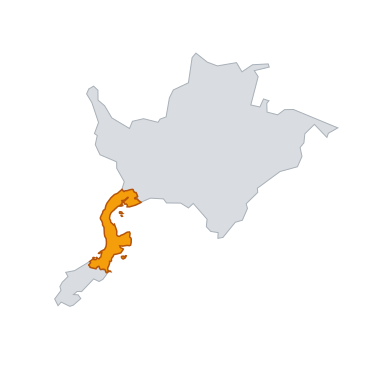 map of Panama with Colombia and Costa Rica greyed out, rotated 284°
{"feature_id": "PAN", "entity_name": "Panama", "entity_type": "country or territory", "adm_level": 0, "iso_a3": "PAN", "parent_name": "North America", "parent_adm1": "", "projection": "mercator", "projection_center": [-80.239, 8.409], "detail": "fine", "context": "with_neighbors", "style": "filled", "palette": "amber", "viewbox_px": 384, "rotation_deg": 284, "n_neighbors": 2, "source": "natural_earth", "source_scale": "50m", "svg_char_len": 4416}
<svg xmlns="http://www.w3.org/2000/svg" viewBox="0 0 384 384"><g transform="rotate(284 192 192)"><path d="M334.7,234.9L331.9,236.7L324.8,223.1L319.9,228.3L290.7,228.0L290.9,237.3L299.6,238.9L299.1,244.6L296.1,243.1L287.7,245.5L287.6,256.4L294.3,261.9L296.6,270.4L289.5,318.0L282.0,310.1L277.6,309.7L287.2,294.4L275.8,287.4L266.8,288.7L261.4,286.1L253.1,290.1L242.0,288.2L233.2,272.5L211.5,254.5L207.5,255.9L193.7,247.4L189.5,249.8L176.8,247.7L173.1,241.3L155.4,233.0L153.3,228.3L158.9,227.2L158.3,219.7L161.8,214.3L169.2,213.2L181.2,196.0L175.7,192.4L178.5,183.7L175.2,169.9L178.4,166.0L176.0,153.2L170.0,145.2L171.9,137.9L176.7,138.9L179.5,134.5L176.0,125.5L177.9,123.3L185.6,123.8L196.8,113.2L203.0,111.6L205.9,93.7L214.5,86.7L223.9,86.4L225.1,83.2L236.8,84.5L254.4,73.3L261.7,66.0L267.0,66.9L270.9,70.9L268.0,76.1L258.4,78.6L254.6,86.3L244.5,96.3L238.5,116.0L246.2,117.1L251.4,127.3L251.4,142.2L255.0,143.4L258.6,148.7L277.9,147.3L286.5,149.2L297.1,162.1L322.5,159.6L327.7,162.2L321.7,175.4L320.5,186.1L328.3,203.9L320.7,211.4L330.1,219.9L334.7,234.9Z" fill="#d9dde1" stroke="#a8b0b8" stroke-width="1"/><path d="M100.1,109.8L94.3,111.1L94.4,117.2L97.5,119.5L95.3,121.3L93.8,130.1L85.7,126.7L82.7,123.5L83.9,117.6L68.7,109.0L67.7,104.6L63.8,101.8L64.7,106.3L61.7,109.9L53.5,104.2L51.5,101.1L53.5,91.7L49.3,89.5L55.0,84.6L64.8,88.7L68.3,86.7L73.0,87.9L79.9,92.1L83.5,88.9L87.3,97.1L100.1,109.8Z" fill="#d9dde1" stroke="#a8b0b8" stroke-width="1"/><path d="M177.6,123.5L177.3,123.7L176.4,124.9L176.0,125.9L177.1,127.0L177.4,128.2L178.0,129.4L178.9,130.7L180.0,133.0L180.2,133.9L179.9,134.5L178.9,134.9L178.0,135.9L177.7,137.3L177.9,137.9L175.1,140.0L174.4,140.4L173.9,140.1L173.3,139.0L172.6,138.1L172.2,137.8L171.7,138.0L171.6,138.5L172.0,140.5L171.7,141.3L170.8,141.9L169.7,145.1L169.2,144.7L165.6,140.4L162.5,135.0L161.9,132.6L162.7,132.4L163.5,132.5L163.9,132.1L164.4,131.4L164.0,129.7L165.5,128.5L166.1,127.6L166.5,127.7L167.5,129.2L168.9,130.0L170.7,131.2L171.8,131.5L170.4,130.2L168.0,128.6L167.3,127.5L166.7,126.0L165.8,126.6L165.3,127.2L164.8,127.5L164.4,127.1L164.3,126.6L162.9,126.5L162.6,126.1L162.2,125.8L162.4,126.8L162.7,127.4L162.5,128.1L162.0,128.1L161.7,127.4L161.2,126.7L160.5,124.0L158.9,122.7L158.2,122.2L157.6,122.1L156.7,121.2L155.5,120.7L153.9,119.4L151.9,118.4L149.5,118.0L146.6,118.3L145.6,118.8L145.0,119.5L144.6,119.8L142.9,120.6L142.3,121.7L141.9,122.7L141.0,123.8L142.0,124.5L136.4,128.2L135.2,128.7L132.7,129.1L132.1,129.5L131.4,130.2L131.3,131.4L131.4,132.3L132.1,133.0L132.8,133.5L134.3,135.7L137.1,138.5L137.6,139.5L138.1,141.0L137.2,141.7L136.6,142.0L133.9,142.2L133.0,142.8L132.7,143.7L131.7,144.4L128.3,145.2L125.6,145.3L124.8,144.4L124.5,142.0L122.7,137.8L122.3,135.0L121.9,135.3L120.9,135.7L120.6,136.4L120.3,138.5L120.0,139.2L119.3,139.1L117.7,138.4L115.7,137.7L113.2,133.2L112.9,132.4L112.4,131.4L110.4,131.0L108.7,130.2L106.9,130.1L105.9,130.5L104.9,130.0L104.8,128.8L102.8,129.3L100.4,129.1L98.1,128.6L96.6,128.9L95.3,129.8L95.5,132.0L95.1,132.4L95.1,131.5L94.6,130.5L94.1,129.6L93.0,128.7L92.9,128.4L93.4,127.9L95.4,126.6L95.7,126.1L95.7,124.9L95.5,123.9L94.6,122.3L95.1,121.3L96.1,120.5L97.2,119.9L97.4,119.6L97.2,119.1L96.6,118.5L95.1,117.5L94.2,117.4L94.2,114.6L94.2,111.5L94.5,111.2L95.0,111.0L95.4,110.6L95.7,109.7L96.3,109.4L97.5,110.1L98.7,110.7L99.2,110.5L99.5,110.2L99.8,109.9L99.9,109.6L100.8,110.4L102.8,111.8L102.9,112.5L102.7,113.2L103.2,115.2L104.2,115.5L105.2,115.1L105.5,115.4L105.3,115.8L104.8,116.2L104.6,117.9L106.3,118.6L107.1,119.3L109.9,119.0L110.9,119.2L111.6,119.0L110.8,117.7L109.8,116.7L109.9,116.2L110.7,116.5L111.3,117.2L112.6,118.1L115.1,121.0L118.0,121.7L120.2,121.6L122.3,121.2L125.7,120.1L128.1,118.0L130.1,117.1L136.3,115.2L138.6,113.1L139.5,112.9L140.4,112.6L142.4,111.1L143.4,109.9L144.6,109.3L147.9,109.7L150.0,110.3L151.5,110.2L153.0,110.6L153.6,111.5L154.2,111.8L157.7,111.7L160.6,112.2L166.9,114.8L170.7,117.3L172.7,120.0L177.6,123.5ZM114.2,143.6L113.4,143.6L111.7,143.0L110.5,141.7L110.4,141.3L110.4,140.9L111.1,139.6L112.0,139.2L112.4,139.2L113.2,140.7L112.6,141.3L112.9,142.2L114.1,142.8L114.2,143.6ZM154.7,129.3L154.4,130.0L153.7,128.5L153.8,128.2L153.8,126.9L154.5,126.5L155.0,126.5L155.4,126.7L155.6,128.2L155.4,128.9L154.7,129.3ZM104.8,112.6L104.6,113.3L103.5,112.0L104.2,111.8L104.4,111.8L104.8,112.6ZM152.2,129.6L151.6,130.3L151.3,129.7L151.8,129.0L152.2,129.6Z" fill="#f59e0b" stroke="#b45309" stroke-width="1.5"/></g></svg>